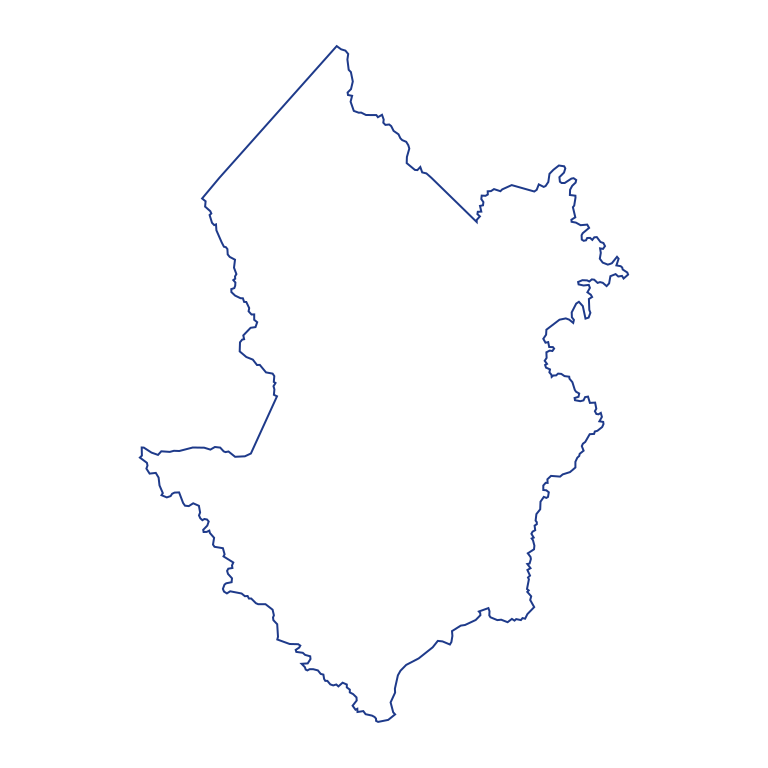 Crixás, Goiás, Brazil (Albers equal-area conic projection)
{"feature_id": "56859067B65270192484225", "entity_name": "Crixás", "entity_type": "district", "adm_level": 2, "iso_a3": "BRA", "parent_name": "Brazil", "parent_adm1": "Goiás", "projection": "albers", "projection_center": [-50.028, -14.631], "detail": "fine", "context": "isolated", "style": "outline", "palette": "blue", "viewbox_px": 768, "rotation_deg": 0, "n_neighbors": 0, "source": "geoboundaries", "source_scale": "gbopen_adm2", "svg_char_len": 6103}
<svg xmlns="http://www.w3.org/2000/svg" viewBox="0 0 768 768"><path d="M395.1,714.4L393.2,712.3L390.6,702.4L395.1,692.6L394.9,688.7L397.9,675.3L400.5,670.7L406.2,664.9L418.7,658.4L432.7,647.3L437.8,640.9L442.5,641.4L449.9,644.5L451.4,642.0L452.4,635.9L452.0,631.1L460.8,625.6L465.0,625.0L475.7,620.0L480.4,615.2L480.2,613.0L478.9,611.5L488.4,608.1L489.5,611.2L489.3,615.4L490.5,617.3L497.3,620.1L501.2,619.7L507.6,622.2L511.9,618.9L514.5,620.6L516.2,619.1L520.9,620.1L522.5,618.1L525.1,618.7L527.4,614.1L534.2,607.1L530.2,600.0L531.2,596.3L527.3,591.9L528.7,590.4L527.0,589.0L528.9,579.3L528.0,577.5L530.0,575.6L527.4,570.0L530.5,568.2L527.3,564.0L529.6,563.5L530.9,559.0L530.5,556.9L527.8,553.3L534.0,549.3L534.4,545.7L533.0,540.3L531.7,538.5L533.7,537.6L531.4,533.8L532.6,531.6L535.2,530.2L534.6,525.6L536.8,524.2L536.8,522.2L535.6,520.6L536.4,514.1L540.2,509.3L540.5,501.7L543.8,496.9L546.4,497.9L548.0,496.9L548.8,492.3L546.3,490.3L543.3,490.0L543.3,485.5L545.7,482.8L547.6,482.9L547.4,479.3L551.0,475.9L560.1,476.6L562.7,474.4L570.0,472.1L575.4,467.5L575.4,461.8L577.3,457.7L579.2,456.0L579.7,453.8L583.6,450.7L581.8,446.1L582.9,443.7L585.2,442.0L589.7,434.2L594.1,433.9L594.8,431.5L597.4,430.8L602.2,427.0L603.5,424.0L603.2,421.9L599.4,421.3L601.9,416.9L600.8,412.9L598.5,414.3L596.4,414.0L594.9,411.2L596.3,408.7L595.1,402.6L589.9,402.9L588.0,396.6L585.1,397.1L583.5,400.4L580.3,401.2L575.0,400.2L574.6,398.0L578.5,396.8L579.2,393.5L576.0,391.7L574.8,389.9L572.4,382.2L569.5,378.7L569.2,376.7L564.5,376.1L561.3,373.9L558.1,373.6L556.1,375.4L553.3,375.5L551.7,376.9L551.4,374.7L549.4,372.4L550.0,369.4L546.0,367.6L545.1,365.0L547.0,363.9L544.7,360.8L546.6,357.9L546.4,352.3L549.7,350.6L552.4,351.0L554.1,348.6L552.9,347.1L549.2,347.0L548.2,342.1L545.5,342.7L543.3,338.8L546.1,334.7L546.4,329.7L559.5,319.7L565.8,318.4L569.3,319.7L573.2,322.9L573.9,319.9L571.9,317.3L571.7,312.4L576.2,303.6L578.9,301.8L582.8,306.1L585.5,318.6L588.6,317.6L590.4,312.8L589.3,309.9L588.9,299.0L592.1,297.0L590.8,294.7L587.4,292.3L589.9,287.9L588.8,284.9L583.6,285.5L578.6,284.4L578.1,282.0L582.4,280.2L587.1,280.4L589.3,281.5L591.8,279.4L594.2,279.7L597.6,282.9L600.0,282.1L602.8,282.8L606.6,286.1L609.1,283.4L610.4,276.2L615.6,274.1L618.3,276.5L622.0,275.9L623.6,278.5L628.1,274.6L627.3,272.5L622.7,269.5L622.2,267.5L620.7,266.2L616.4,265.4L618.6,258.7L617.0,256.8L611.9,263.2L609.9,264.0L607.8,264.6L602.7,262.6L599.8,258.7L600.8,252.9L600.1,248.4L603.0,248.9L605.0,246.1L603.4,243.0L600.5,242.0L596.8,237.1L594.3,237.3L592.3,239.9L590.1,237.9L587.2,238.0L586.0,240.3L583.7,240.8L581.8,239.6L581.6,235.2L582.7,233.2L589.1,227.9L587.2,224.6L580.6,225.2L575.9,222.6L571.6,221.8L571.4,219.7L575.3,217.3L572.9,207.2L574.2,205.6L575.5,197.6L575.4,195.7L569.9,195.0L570.1,189.7L572.2,185.8L575.6,182.6L576.2,180.0L573.6,178.2L571.4,178.6L564.7,183.0L561.6,183.0L559.9,181.7L559.4,177.2L564.0,172.6L565.3,168.4L564.2,166.3L558.9,165.5L553.4,169.8L549.5,173.8L548.3,182.0L545.6,186.0L543.7,186.9L538.8,184.4L536.7,189.8L534.3,191.5L511.7,185.1L502.2,189.4L500.4,191.2L494.0,189.1L491.0,191.1L487.7,191.3L487.8,194.5L485.5,195.8L481.7,195.6L481.3,199.1L483.4,202.1L483.0,205.3L480.0,205.9L481.3,211.6L477.8,211.8L477.4,214.1L479.9,216.4L476.7,219.9L476.7,222.0L431.4,177.8L426.4,173.4L422.2,172.4L420.3,167.0L417.4,170.1L414.9,169.9L406.7,163.1L406.9,157.0L409.3,148.6L408.3,145.2L406.2,141.8L402.2,140.1L400.4,138.3L398.5,134.3L393.6,130.9L391.2,126.1L389.2,124.5L385.4,124.9L383.3,122.7L383.7,119.6L382.0,114.8L377.9,117.2L376.4,115.1L366.0,115.0L361.2,112.6L358.7,112.7L353.8,110.9L350.6,101.7L352.1,95.8L348.0,95.0L347.6,92.5L351.0,89.1L352.8,81.5L350.9,72.1L348.7,69.8L347.4,59.5L348.2,54.0L345.4,50.6L341.1,49.3L336.7,46.1L219.3,177.9L202.1,198.5L205.6,201.3L205.1,206.6L210.3,211.2L211.3,213.5L209.6,215.0L212.0,222.8L214.2,225.1L216.0,224.4L216.4,230.3L221.6,242.2L223.9,246.7L225.9,247.2L227.4,249.1L227.7,254.4L229.7,256.9L235.0,259.7L234.0,267.7L236.4,274.1L235.0,276.4L235.2,278.7L233.3,280.1L235.4,282.5L235.2,285.7L234.3,288.1L231.3,289.1L231.4,292.1L235.1,295.6L240.5,298.2L242.9,298.3L244.1,301.9L246.3,302.0L249.2,308.1L248.6,311.3L251.5,314.5L254.2,314.4L254.2,319.8L257.2,322.2L255.5,327.1L250.6,327.8L243.3,335.4L244.1,339.2L242.2,339.6L240.0,342.3L239.7,351.4L246.3,357.0L252.8,359.6L257.0,365.0L259.8,364.9L266.0,372.4L272.6,373.6L274.3,376.1L273.8,381.9L275.5,383.0L273.5,386.2L274.4,389.4L273.9,394.8L277.0,396.3L250.9,453.5L244.9,456.3L235.1,456.8L228.5,451.5L225.5,452.1L223.7,451.4L220.2,447.6L214.9,447.0L210.4,449.6L204.2,447.7L192.8,447.5L179.3,451.0L173.9,450.8L169.8,451.9L161.3,451.3L158.0,454.9L151.5,452.6L143.8,447.6L141.7,447.5L141.9,455.6L139.9,457.6L146.9,462.8L147.5,465.5L146.4,468.6L149.6,473.6L155.8,472.9L158.6,477.6L159.5,485.4L162.8,493.1L161.5,495.2L166.8,497.4L170.6,496.1L172.1,493.8L174.5,492.6L179.1,492.4L183.1,503.0L185.0,505.7L188.8,506.1L193.2,503.3L198.9,505.8L200.1,512.5L199.0,515.4L200.3,518.3L202.4,520.2L204.4,519.0L207.0,519.5L208.7,521.5L207.3,525.6L203.2,529.8L203.6,532.0L206.7,531.9L209.3,530.6L209.9,533.0L214.1,537.8L213.0,544.6L214.5,546.8L222.9,548.2L224.6,554.3L223.5,556.4L233.3,562.5L232.0,565.4L232.4,568.0L228.3,568.7L227.1,570.9L228.0,573.9L232.0,578.3L231.6,582.2L226.2,583.3L224.5,584.6L222.9,588.9L224.0,591.6L226.9,593.4L230.2,591.3L241.6,593.5L244.9,596.2L247.6,596.0L248.9,598.5L251.2,598.5L255.9,603.2L258.2,604.2L265.5,604.2L272.6,609.7L273.9,615.3L273.0,617.5L273.4,620.2L277.2,624.2L278.0,636.8L277.3,639.5L289.7,644.0L298.2,644.2L300.3,645.6L299.2,647.6L295.7,649.9L296.3,651.9L302.8,652.8L305.1,654.9L310.2,656.3L310.5,659.0L307.7,663.4L301.6,663.8L304.9,667.2L305.7,669.6L307.4,670.4L309.6,669.2L313.2,669.2L317.9,670.4L320.7,673.9L323.4,674.6L324.1,678.9L325.3,680.9L327.4,680.9L330.3,684.4L333.2,685.4L336.3,684.5L338.4,686.4L342.6,682.7L346.8,684.5L346.8,687.4L349.8,689.6L349.8,692.4L353.1,694.1L356.5,697.4L356.7,700.5L352.6,705.7L355.5,709.7L357.3,708.8L357.5,712.0L363.3,711.1L365.6,714.2L372.0,715.6L374.6,717.0L376.0,718.6L376.1,720.9L378.1,721.9L388.2,719.9L395.1,714.4Z" fill="none" stroke="#1e3a8a" stroke-width="2"/></svg>